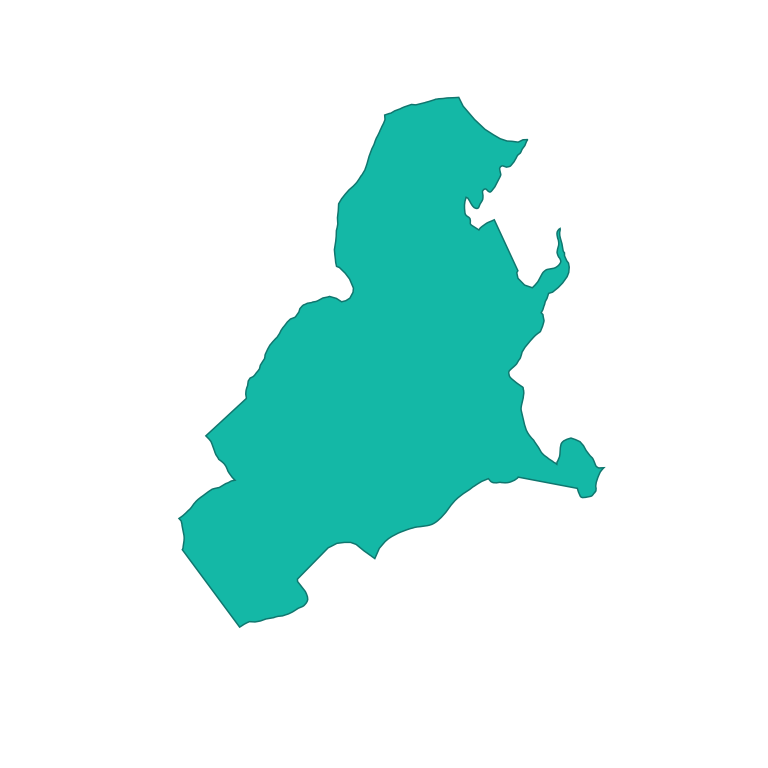 the district of Monchy/Riviere Mitan, Gros Islet, Saint Lucia, rotated 53°
{"feature_id": "8701671B97135267153779", "entity_name": "Monchy/Riviere Mitan", "entity_type": "district", "adm_level": 2, "iso_a3": "LCA", "parent_name": "Saint Lucia", "parent_adm1": "Gros Islet", "projection": "natural_earth1", "projection_center": [-60.94, 14.05], "detail": "fine", "context": "isolated", "style": "filled", "palette": "teal", "viewbox_px": 768, "rotation_deg": 53, "n_neighbors": 0, "source": "geoboundaries", "source_scale": "gbopen_adm2", "svg_char_len": 6170}
<svg xmlns="http://www.w3.org/2000/svg" viewBox="0 0 768 768"><g transform="rotate(53 384 384)"><path d="M275.4,122.5L275.1,122.4L272.6,126.0L271.6,131.3L267.5,135.4L264.0,139.5L258.0,143.6L250.9,146.6L241.4,150.1L227.3,152.5L209.7,153.6L200.1,151.8L197.6,155.6L193.5,161.5L191.5,165.1L189.0,168.9L188.4,170.2L187.8,171.0L187.2,173.0L185.3,178.4L184.3,180.8L184.0,181.8L180.4,190.2L179.9,191.0L177.3,193.8L174.9,201.2L174.3,203.6L174.0,205.4L172.3,211.1L171.8,215.7L171.2,216.8L169.6,221.6L173.2,223.9L173.8,224.6L175.5,227.4L177.3,231.1L178.0,232.3L179.2,234.6L179.9,235.7L181.9,239.6L183.0,242.1L184.5,244.6L186.7,247.8L188.9,252.2L193.2,258.9L197.8,264.9L199.8,267.8L200.8,269.4L201.5,270.3L203.7,275.7L204.0,277.1L205.2,280.2L206.4,283.7L206.9,285.7L207.5,289.4L207.9,295.1L209.1,300.8L210.6,306.5L212.8,311.8L218.3,316.4L223.2,321.1L228.4,324.6L230.9,327.3L232.8,329.7L237.3,333.3L240.9,336.6L246.9,342.8L251.1,345.4L255.4,347.9L257.8,349.4L261.5,351.1L264.2,349.5L272.2,348.3L279.4,348.3L289.0,350.7L292.1,353.5L294.9,359.6L294.5,364.4L292.8,368.4L287.0,370.5L281.3,374.8L280.7,376.5L278.5,381.1L277.7,386.6L277.5,387.5L277.1,388.8L275.7,391.5L275.4,392.8L273.4,396.6L272.9,399.2L272.4,400.8L272.5,402.4L273.2,405.8L275.3,408.7L275.6,409.6L277.0,414.0L277.1,415.2L275.8,419.6L276.3,423.9L277.6,428.4L278.2,431.0L279.2,433.9L280.8,437.0L282.4,441.5L282.5,443.0L283.3,447.4L284.3,451.7L286.1,455.8L288.7,460.7L289.4,461.7L290.4,462.5L291.2,463.5L291.8,464.0L293.0,467.4L294.6,471.5L297.0,474.4L297.9,477.5L298.1,478.7L299.0,481.7L299.3,483.4L299.3,484.4L298.7,487.4L299.9,490.6L303.3,494.0L304.3,495.7L305.7,497.5L306.5,498.4L308.9,500.5L312.3,502.3L312.7,502.7L318.2,557.5L322.8,556.9L325.7,556.8L328.1,557.4L335.6,559.7L336.7,560.1L339.3,560.8L342.9,561.0L344.7,561.3L347.8,560.4L349.5,560.0L351.4,559.7L352.5,559.7L354.7,559.8L358.6,560.7L359.1,561.0L361.8,561.3L367.2,561.4L371.2,560.9L369.9,563.5L369.5,564.6L369.1,567.7L368.3,570.4L367.6,577.3L367.4,578.2L366.8,579.3L366.2,580.7L365.7,581.7L364.6,584.5L364.3,589.1L364.3,596.1L364.2,598.7L364.3,602.1L364.6,604.7L365.1,606.9L365.3,608.0L366.6,612.0L367.2,614.8L367.2,616.1L367.8,620.2L368.1,623.7L368.1,625.2L368.0,628.7L371.2,628.4L371.7,628.6L374.3,629.7L375.2,630.3L377.4,631.4L384.8,635.0L386.8,636.3L388.9,638.1L392.8,642.1L393.9,643.1L394.6,644.0L394.9,644.8L491.3,645.6L491.5,643.0L491.7,640.1L492.2,637.1L492.8,634.5L496.4,630.2L497.7,627.7L498.9,625.2L500.6,619.7L504.2,612.7L504.8,610.7L505.8,608.4L508.1,604.6L509.3,601.0L510.1,598.7L510.9,594.7L511.1,593.1L511.5,587.4L512.6,583.3L512.8,581.8L512.7,580.7L512.3,578.7L512.0,577.6L511.2,575.9L510.2,574.6L507.9,573.2L504.8,572.2L502.3,571.7L489.7,571.9L487.7,570.5L481.2,527.0L481.8,524.2L482.9,517.5L486.7,510.9L490.4,506.0L495.3,502.8L505.2,500.4L517.9,496.4L512.4,486.6L510.5,477.9L510.2,473.3L510.5,469.3L511.6,462.6L512.3,459.8L514.2,453.3L515.4,449.8L516.3,447.7L517.0,445.7L518.3,443.2L519.8,440.8L523.2,434.6L524.1,432.6L524.9,430.3L525.3,428.2L525.5,425.9L525.5,423.6L525.0,418.6L523.7,411.9L521.1,403.4L519.8,397.4L519.4,393.5L519.3,389.2L519.3,386.4L519.8,379.0L519.7,375.1L519.9,373.0L520.1,369.4L520.6,364.5L522.4,357.6L525.9,357.4L526.9,357.1L528.5,356.2L530.6,353.7L532.3,350.5L533.4,349.5L535.4,347.2L536.8,345.3L537.6,343.8L538.4,341.8L539.4,337.6L539.5,333.9L539.1,332.9L583.7,292.4L587.2,293.7L591.9,294.8L593.1,294.6L594.2,293.8L595.8,291.3L597.6,287.6L598.2,286.3L598.4,285.4L598.3,284.4L596.8,278.8L596.9,279.1L595.1,277.5L593.0,276.4L590.3,273.7L587.5,269.7L585.9,267.0L584.4,264.2L583.5,260.8L583.2,258.8L580.3,263.0L579.0,263.7L577.0,264.1L571.5,262.6L569.6,262.2L568.5,262.1L565.2,262.6L558.6,262.6L553.3,261.8L548.0,262.2L543.7,264.5L539.7,267.2L538.3,271.0L537.6,274.7L537.7,276.0L537.9,277.2L538.5,278.7L540.9,281.4L546.0,285.8L547.8,287.7L550.1,291.7L550.4,292.7L552.1,294.3L550.1,294.8L548.9,295.5L547.1,295.9L542.8,297.5L541.3,297.8L537.4,299.0L534.7,299.4L533.2,299.5L527.7,298.8L520.4,298.5L519.1,298.3L515.8,298.7L512.3,298.8L509.3,298.6L506.4,298.1L501.2,296.3L487.4,290.2L485.8,289.1L484.0,287.3L478.8,281.1L477.9,280.3L475.4,277.8L472.9,276.2L471.9,276.0L471.0,275.2L470.0,275.1L466.2,276.4L462.7,277.5L456.4,279.0L454.6,279.2L453.2,279.1L450.5,277.9L449.8,277.4L449.1,276.5L448.8,275.5L448.5,273.0L448.2,269.0L448.0,267.2L447.7,265.8L446.2,262.3L445.8,260.8L445.3,259.5L443.2,256.5L441.6,254.5L439.5,249.2L437.6,241.2L436.7,236.5L436.3,233.8L436.2,230.7L436.3,228.2L436.1,227.3L433.3,222.6L430.5,218.9L429.6,218.0L426.2,216.4L424.2,215.3L421.7,215.6L420.3,212.5L417.9,209.2L417.2,208.0L415.2,205.6L413.8,202.4L410.7,198.0L412.1,194.1L411.8,186.7L410.8,180.5L408.5,173.2L406.1,169.3L402.2,165.8L398.5,163.9L395.6,163.9L390.3,162.7L387.8,160.9L386.3,161.0L385.3,160.7L379.1,157.5L373.7,155.4L371.1,154.2L368.8,152.6L366.8,150.4L365.8,149.8L365.7,151.3L366.2,152.9L366.8,154.2L367.8,155.2L369.1,156.1L371.9,157.5L374.1,158.2L376.1,159.3L377.5,160.3L378.6,161.4L380.8,164.3L382.9,166.5L384.1,167.1L386.2,167.8L387.9,168.1L389.3,168.0L390.8,168.3L392.4,168.9L393.3,170.0L393.9,171.5L394.3,173.2L394.4,174.7L394.3,176.7L393.9,178.4L390.7,184.8L390.4,185.9L390.4,188.0L390.6,189.8L391.2,191.5L394.9,199.5L395.9,203.9L396.4,207.6L389.6,212.2L380.2,213.4L375.0,211.0L374.1,208.9L319.2,197.1L318.7,199.5L317.8,202.9L317.4,204.7L317.3,206.4L317.2,210.8L317.3,213.2L318.1,215.5L309.7,218.6L308.4,218.7L307.6,218.4L305.5,216.7L303.6,215.8L302.1,215.9L299.2,216.9L297.5,216.9L296.1,216.4L292.2,214.0L289.5,212.0L287.0,209.6L284.3,206.1L286.0,205.2L289.7,205.5L291.2,205.8L293.9,206.1L295.6,206.1L297.5,205.8L299.3,204.7L299.9,203.9L300.1,203.1L300.1,202.5L299.8,201.8L298.1,199.0L296.8,195.6L296.0,194.1L294.9,193.0L293.0,191.5L290.4,190.1L289.1,189.1L288.7,187.2L289.0,186.0L289.4,185.5L289.9,185.2L291.6,184.9L292.8,184.8L294.1,184.2L294.6,183.7L294.7,182.6L294.5,181.5L293.3,176.9L288.3,166.5L287.5,165.2L286.9,164.6L283.3,163.0L281.6,162.1L280.8,160.9L280.6,159.6L280.8,158.7L281.2,157.9L284.5,155.7L285.7,153.2L286.0,152.1L285.9,151.1L284.8,146.5L283.0,142.3L282.2,140.8L281.7,139.3L281.6,136.2L281.2,135.2L279.6,132.3L278.3,127.9L276.1,124.3L275.4,122.5Z" fill="#14b8a6" stroke="#0f766e" stroke-width="1.5"/></g></svg>